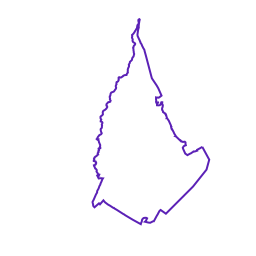 the district of Sascut, Bacau, Romania, rotated 67°
{"feature_id": "2599482B20264955777633", "entity_name": "Sascut", "entity_type": "district", "adm_level": 2, "iso_a3": "ROU", "parent_name": "Romania", "parent_adm1": "Bacau", "projection": "orthographic", "projection_center": [27.041, 46.192], "detail": "fine", "context": "isolated", "style": "outline", "palette": "violet", "viewbox_px": 256, "rotation_deg": 67, "n_neighbors": 0, "source": "geoboundaries", "source_scale": "gbopen_adm2", "svg_char_len": 5642}
<svg xmlns="http://www.w3.org/2000/svg" viewBox="0 0 256 256"><g transform="rotate(67 128 128)"><path d="M187.9,189.8L187.0,187.1L186.0,184.1L186.3,183.9L187.3,183.6L185.0,178.9L187.4,178.2L190.7,176.3L192.5,174.9L195.4,173.0L196.0,172.5L196.1,172.2L196.3,172.2L196.8,171.9L199.1,170.2L205.7,165.7L206.0,165.3L207.0,164.8L214.5,159.3L221.5,153.8L220.6,153.1L219.5,151.9L218.0,150.9L217.6,150.4L217.2,149.5L217.0,148.9L217.1,148.1L217.4,147.2L217.9,146.2L218.6,145.7L220.2,147.5L220.6,148.1L220.9,149.0L223.0,146.2L223.9,144.6L223.7,141.8L223.7,140.9L223.9,140.6L219.9,135.6L219.1,134.4L217.8,132.9L216.6,131.3L216.2,130.0L221.7,126.6L207.3,91.0L197.0,72.0L188.9,65.6L177.5,66.7L174.4,67.0L174.5,67.0L174.5,67.5L174.8,69.8L175.1,73.0L175.5,73.2L175.9,73.2L175.7,75.8L175.2,76.8L175.4,77.0L175.5,78.1L175.9,80.0L175.9,81.3L176.2,83.9L173.9,85.3L168.9,85.4L167.6,85.3L166.6,83.9L166.4,82.8L166.5,81.5L165.2,81.3L163.7,80.7L162.8,81.1L162.7,81.3L162.3,82.9L161.8,83.3L161.1,84.1L160.5,84.3L160.7,84.5L154.6,87.1L154.4,87.3L154.4,87.1L152.4,87.4L151.3,87.6L149.7,87.6L146.1,87.9L146.1,88.2L144.7,88.1L144.0,87.9L143.8,87.6L143.3,87.8L143.1,87.7L142.6,87.5L137.1,87.6L135.9,87.9L134.1,88.2L134.0,88.5L133.7,88.2L132.8,88.1L131.4,87.9L131.3,88.1L130.9,88.1L130.3,87.8L130.0,87.8L129.7,88.0L129.4,88.0L129.3,88.3L128.9,88.3L128.3,88.8L127.7,89.0L127.4,89.3L127.1,89.5L126.9,89.4L126.5,89.3L125.2,89.4L124.8,89.4L124.5,89.5L124.1,89.2L123.9,89.2L123.1,88.9L122.5,88.2L121.7,87.6L120.8,87.2L120.6,87.0L120.4,87.0L120.2,87.2L119.1,87.1L118.1,86.7L117.7,86.4L117.6,86.5L117.8,86.7L117.5,87.5L118.2,87.9L118.3,88.1L119.1,88.7L119.3,89.5L119.4,89.8L119.1,91.0L118.4,92.4L116.3,91.6L116.5,90.9L116.5,90.4L116.1,90.4L116.0,90.9L115.9,91.2L115.8,91.3L115.8,92.0L114.9,92.0L114.5,91.7L113.6,91.2L112.5,91.0L111.8,90.6L111.3,90.5L110.8,90.2L111.3,89.7L111.5,89.3L111.5,88.8L112.1,87.9L111.8,86.4L111.3,84.5L103.2,84.6L100.0,85.0L91.6,86.6L90.0,86.4L68.6,83.3L64.0,82.7L62.3,82.4L60.5,82.7L58.6,82.8L57.8,82.9L57.3,82.8L55.5,82.9L54.5,83.2L54.2,83.2L53.7,83.0L53.0,83.1L51.6,83.0L51.1,83.1L47.0,83.2L45.7,82.8L41.7,80.4L40.9,79.8L40.6,79.6L40.2,79.2L39.5,78.7L38.7,78.5L38.2,78.4L38.1,78.2L36.3,77.2L34.9,76.3L34.2,75.9L33.3,75.2L32.5,74.8L32.1,74.3L32.4,76.0L33.1,76.5L33.7,76.7L34.4,76.7L35.2,77.0L35.5,77.0L35.9,77.3L36.4,77.9L37.1,79.2L39.6,80.8L39.8,81.0L40.4,82.1L41.2,82.9L41.5,83.6L42.4,84.7L42.8,85.4L43.2,86.0L43.8,87.4L43.9,87.9L44.0,88.0L44.8,88.1L45.2,88.3L45.5,88.4L46.0,88.9L46.3,89.0L47.5,89.1L48.0,89.0L48.4,89.1L48.7,89.2L49.3,89.7L49.7,89.8L50.9,89.7L52.2,88.8L52.8,88.5L53.4,88.5L53.9,89.0L54.2,89.4L54.5,90.3L55.2,91.1L55.7,91.3L55.9,91.5L56.2,92.0L57.4,92.1L58.6,92.6L59.7,92.8L60.7,93.2L62.3,93.4L63.0,94.0L64.1,94.8L64.4,95.1L64.9,96.2L65.2,96.6L65.8,97.1L66.6,97.6L67.0,98.0L67.9,100.4L68.9,101.0L69.9,102.4L70.2,102.6L70.9,102.6L71.9,103.2L72.9,104.4L73.3,104.7L73.9,105.3L75.0,105.7L76.1,106.3L76.8,106.4L77.2,106.9L77.4,107.5L77.7,107.9L78.6,108.6L78.3,109.6L78.0,110.7L78.1,111.9L78.1,112.1L78.4,112.4L78.8,114.7L78.6,115.3L78.0,115.9L77.8,116.3L77.8,116.6L77.9,116.9L78.3,117.2L79.4,117.4L79.6,117.7L80.0,117.8L80.5,118.1L81.1,118.9L81.4,119.9L81.3,120.5L81.5,120.7L82.4,121.3L83.3,121.5L83.7,122.1L84.6,122.9L85.4,123.1L86.4,123.2L87.1,123.8L87.7,124.9L88.4,125.9L88.9,126.8L88.9,127.8L88.9,128.4L88.8,128.7L88.9,129.4L88.9,129.7L89.6,130.6L90.0,130.8L90.5,131.2L91.0,131.4L91.4,131.8L91.7,132.4L92.1,132.4L92.4,132.6L92.6,132.8L93.2,133.0L93.9,133.0L94.4,133.4L94.6,133.5L96.0,133.3L96.3,133.7L96.8,134.0L96.9,134.5L96.9,134.8L96.5,136.0L97.6,138.4L98.0,138.7L98.3,138.8L98.9,139.1L99.1,139.1L99.4,138.8L99.8,138.7L100.3,138.8L100.7,139.0L101.8,140.5L101.9,141.0L102.3,142.0L102.5,143.7L102.9,144.6L103.5,144.9L103.8,145.2L104.5,145.4L105.7,145.8L106.2,146.7L106.6,148.3L106.8,148.8L107.0,149.0L107.6,149.2L108.4,149.5L109.1,149.5L109.7,149.3L110.7,150.3L111.3,150.6L112.2,149.6L112.5,149.5L112.9,149.4L113.4,149.6L114.6,150.8L114.9,150.9L115.6,150.9L116.3,151.4L117.1,151.7L117.9,152.5L118.1,153.3L118.5,153.7L119.9,154.1L121.6,154.3L122.2,154.2L122.5,154.2L122.9,154.6L123.2,155.2L123.3,155.7L123.3,156.6L123.4,157.3L123.6,157.5L124.3,158.9L124.8,159.6L125.9,160.8L126.0,161.1L126.9,160.7L127.0,160.6L127.0,159.7L127.8,160.0L128.7,160.0L129.8,160.3L131.0,160.2L131.7,160.3L132.4,160.2L133.0,160.3L134.0,161.0L134.1,160.9L135.4,161.6L135.6,161.3L135.8,161.4L135.7,162.1L135.3,162.9L135.4,163.1L135.8,163.1L136.1,163.3L136.6,163.2L136.7,163.3L137.1,163.3L137.5,163.7L137.6,164.3L138.0,164.5L138.4,164.4L138.7,164.5L138.9,165.1L139.2,165.3L139.3,165.5L139.5,165.6L139.5,165.8L140.2,166.1L140.7,166.0L140.7,166.4L140.9,166.7L141.0,166.8L141.2,167.2L141.3,167.8L141.5,168.0L141.6,168.7L141.6,169.0L141.7,169.5L142.0,169.9L142.0,170.2L142.3,170.6L142.8,170.9L142.8,171.2L142.9,171.3L143.5,171.2L143.7,171.4L143.9,171.5L144.1,171.7L144.3,172.1L145.0,172.4L146.1,170.9L146.5,170.9L146.8,171.0L147.2,170.8L147.9,171.0L148.1,171.4L148.1,171.6L148.9,171.9L149.1,172.5L149.1,173.0L149.0,173.6L149.0,173.9L149.4,173.9L149.5,174.0L149.9,174.0L150.2,174.1L150.7,173.9L151.8,174.0L152.1,174.0L152.4,174.0L152.5,173.8L152.7,173.7L154.2,173.2L155.0,173.4L155.8,174.0L157.8,173.6L158.9,173.5L159.5,172.8L159.7,173.2L160.1,173.4L160.5,173.4L160.4,173.8L160.1,174.0L159.7,174.0L159.7,174.9L163.0,174.7L163.2,173.9L163.7,172.4L164.4,171.2L164.6,170.8L165.3,171.8L167.0,173.4L168.5,175.1L169.3,175.6L170.3,177.0L172.4,178.9L172.8,179.5L174.0,181.0L174.3,181.2L175.4,181.7L175.7,182.2L176.7,183.5L180.5,187.5L182.2,189.5L182.7,189.7L184.8,190.0L185.6,190.3L186.2,190.4L186.6,190.3L187.9,189.8Z" fill="none" stroke="#5b21b6" stroke-width="2"/></g></svg>